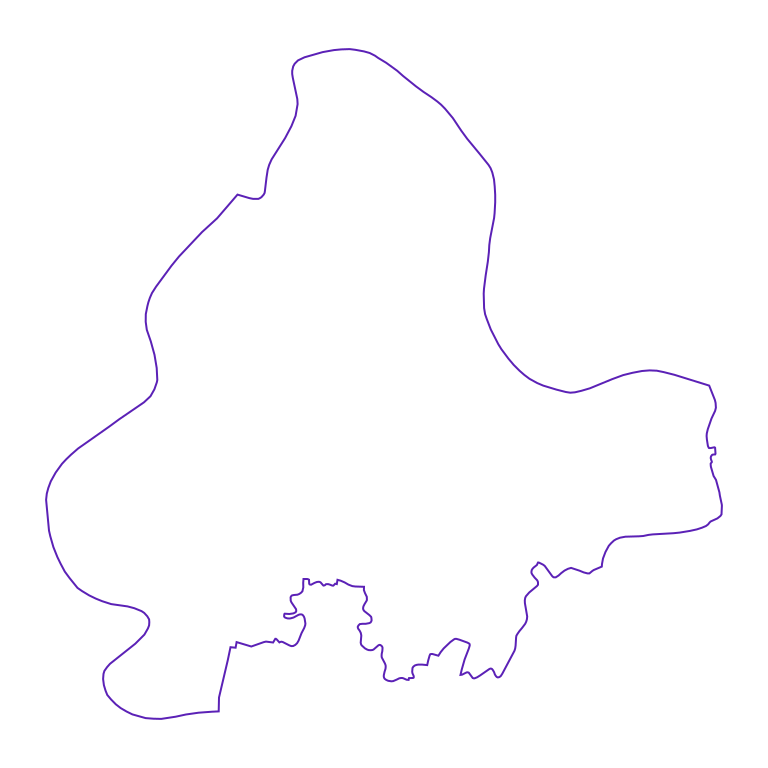 Nam Sach, Hải Dương, Vietnam
{"feature_id": "81297802B53771614429572", "entity_name": "Nam Sach", "entity_type": "district", "adm_level": 2, "iso_a3": "VNM", "parent_name": "Vietnam", "parent_adm1": "Hải Dương", "projection": "mercator", "projection_center": [106.346, 21.022], "detail": "fine", "context": "isolated", "style": "outline", "palette": "violet", "viewbox_px": 768, "rotation_deg": 0, "n_neighbors": 0, "source": "geoboundaries", "source_scale": "gbopen_adm2", "svg_char_len": 6084}
<svg xmlns="http://www.w3.org/2000/svg" viewBox="0 0 768 768"><path d="M107.3,695.0L111.1,699.5L115.8,704.3L120.7,708.1L126.5,711.5L132.4,714.4L145.6,718.1L153.4,718.7L161.2,718.9L175.7,716.7L185.9,714.5L198.6,712.7L212.2,711.7L218.7,711.4L219.0,697.5L227.8,660.1L230.5,647.2L235.6,647.7L236.6,642.1L251.3,646.5L263.8,642.1L266.0,641.6L273.1,642.5L275.3,638.8L275.9,638.8L276.8,639.5L279.4,642.4L280.5,641.9L281.4,641.7L282.7,642.0L289.4,645.4L291.3,646.1L293.2,646.0L295.3,644.9L297.1,643.2L298.6,640.6L301.5,633.2L304.2,628.0L305.2,625.2L305.4,623.5L304.6,618.5L304.0,616.8L303.1,615.4L302.1,614.6L301.3,614.4L300.0,614.4L298.6,614.8L293.6,617.5L291.2,618.2L289.8,618.5L287.5,618.4L285.3,617.7L284.5,617.1L284.1,616.3L284.2,614.9L284.4,614.0L284.7,613.7L289.3,614.0L293.4,613.4L295.6,612.3L296.2,611.2L296.2,610.2L296.0,609.1L291.4,602.3L290.7,600.6L290.6,597.3L291.0,596.4L292.0,595.4L294.0,595.0L297.4,594.7L299.2,594.0L301.1,592.7L302.4,591.3L303.3,587.4L303.2,582.8L303.5,579.0L307.2,579.0L308.3,579.3L309.0,579.7L309.2,583.7L309.6,584.4L310.2,584.6L311.1,584.7L314.5,582.9L316.8,582.0L318.4,581.8L319.6,581.9L320.6,582.4L323.2,585.4L323.7,585.6L324.9,585.2L326.0,584.2L327.4,584.1L328.1,584.1L329.8,584.6L332.3,585.6L333.4,585.6L335.2,583.7L336.8,584.1L337.5,579.8L340.7,580.7L344.6,582.4L348.4,584.6L352.3,586.1L355.4,586.5L364.0,586.8L363.9,590.1L365.0,593.1L366.8,596.8L366.9,599.6L366.8,600.4L364.5,604.2L363.5,606.2L363.2,607.3L363.1,608.8L363.4,609.8L364.3,611.1L369.4,615.1L371.1,616.8L371.4,617.9L371.6,620.3L371.2,621.5L370.6,622.4L369.4,623.1L365.7,623.8L362.5,623.8L359.8,624.1L358.5,625.4L357.8,626.6L357.8,627.6L358.2,628.7L359.6,630.6L360.7,632.7L361.1,634.4L361.3,635.7L360.7,642.7L361.1,644.4L361.7,645.4L365.0,648.4L367.2,649.6L368.7,650.1L370.9,650.2L372.5,650.0L373.6,649.5L378.3,645.4L379.3,644.9L380.3,645.0L381.1,645.5L382.1,646.5L382.5,647.6L382.5,648.7L382.3,651.2L381.7,653.9L381.6,656.0L381.8,657.5L385.0,663.6L385.6,665.3L385.7,666.8L385.5,668.8L384.6,671.6L383.8,675.2L383.8,676.8L384.2,678.0L384.7,678.8L386.2,679.9L388.2,680.8L391.4,681.3L393.2,681.1L396.7,679.6L399.3,678.3L401.0,678.0L402.3,678.0L403.4,678.3L406.5,679.7L408.6,679.9L409.0,678.1L412.9,678.0L413.5,677.8L413.8,677.1L413.6,675.8L412.5,673.4L412.2,671.8L412.5,668.0L413.3,666.7L414.8,665.5L416.5,664.9L418.3,664.6L422.1,664.6L427.2,665.1L428.2,660.5L429.6,655.6L430.2,654.3L431.0,654.0L432.4,654.0L438.4,655.7L440.7,652.1L443.7,648.4L450.4,642.0L454.1,639.3L455.0,638.9L456.5,638.9L459.4,639.7L467.4,642.6L469.2,643.6L469.6,644.1L469.7,644.8L469.7,645.6L468.8,648.6L464.6,659.5L461.7,669.7L460.5,674.9L462.0,674.7L466.0,672.7L467.0,672.3L467.7,672.3L468.8,672.7L472.7,678.0L473.6,678.3L474.7,678.3L477.1,677.3L480.0,675.5L489.4,669.0L490.4,668.6L491.1,668.6L492.0,669.0L492.9,670.1L494.1,672.2L494.9,674.5L496.0,676.2L496.8,677.0L497.7,677.4L498.6,677.3L499.5,677.0L500.8,676.0L502.3,673.7L514.5,650.7L515.2,648.4L515.6,645.6L516.1,637.4L516.4,635.7L517.6,633.7L519.5,631.0L522.1,627.9L525.2,623.8L526.2,621.7L526.9,619.3L527.2,616.5L524.9,603.1L524.8,600.3L525.2,597.9L525.9,596.3L529.2,592.5L537.0,586.0L538.0,584.7L538.0,582.6L537.8,581.5L537.1,580.2L534.7,577.7L532.4,574.7L531.6,573.3L531.4,572.1L531.7,570.2L532.5,568.8L533.7,567.5L536.9,565.0L538.0,562.5L538.7,562.5L541.0,563.6L543.3,564.8L544.8,566.0L552.1,576.0L552.9,576.8L553.7,577.3L555.8,577.3L558.6,575.5L561.1,573.2L564.5,570.6L568.0,568.8L571.1,567.9L579.6,570.7L583.7,572.4L587.5,573.4L589.4,573.4L592.4,570.9L593.8,570.0L601.8,566.6L602.0,564.0L603.0,558.5L605.5,551.9L608.8,545.8L611.0,543.3L614.0,540.5L616.2,539.2L620.0,537.7L625.4,536.7L638.9,536.3L643.2,536.0L648.5,534.9L652.7,534.4L673.6,533.2L679.6,532.6L690.0,530.9L696.8,529.4L702.0,527.7L706.0,526.0L708.1,524.4L709.5,522.6L710.6,521.5L717.4,518.4L720.4,516.0L721.5,514.4L721.9,505.8L721.8,504.6L719.9,495.7L719.4,492.3L716.0,479.9L713.6,476.0L710.9,466.8L710.7,464.9L710.7,463.5L711.8,462.2L711.8,461.5L711.1,459.7L710.7,458.0L711.0,456.4L712.1,454.9L712.8,454.6L715.2,454.4L715.5,453.6L715.1,447.8L714.7,447.4L714.3,447.3L711.0,448.0L709.6,448.1L708.8,447.9L707.9,445.9L706.9,439.5L706.6,436.0L706.8,433.4L707.8,429.2L711.5,418.5L715.1,410.9L715.9,407.7L715.6,403.0L714.9,400.0L709.2,385.6L674.4,374.8L663.7,372.1L656.8,370.7L649.6,370.4L642.0,371.0L632.5,372.8L623.2,375.1L612.3,379.1L589.9,388.3L581.4,390.8L575.0,392.3L570.3,392.7L565.8,392.0L556.4,389.6L543.2,385.6L537.1,383.0L529.5,378.8L524.3,374.9L519.5,370.7L513.7,364.9L508.4,358.6L501.4,349.2L498.3,344.2L490.8,329.5L486.8,319.1L485.1,314.2L484.1,308.1L483.7,293.6L484.0,288.7L485.7,275.3L487.8,261.8L488.9,252.1L489.3,245.0L490.2,238.1L494.1,218.0L494.6,213.1L495.2,202.3L495.2,194.8L494.7,186.4L494.0,179.4L492.3,172.5L490.6,168.2L488.6,165.0L479.6,153.8L467.2,138.8L461.2,130.6L452.8,118.0L445.1,108.8L441.1,104.7L437.3,101.5L431.5,97.2L423.5,91.9L415.9,86.3L403.1,76.0L397.1,70.7L386.2,62.8L378.1,57.9L375.0,55.7L369.7,53.0L364.0,51.4L355.3,49.8L349.7,49.1L341.2,49.4L333.9,50.1L322.7,52.1L304.5,57.3L298.0,60.4L294.7,63.7L293.2,66.4L292.2,70.8L292.2,74.0L292.8,77.8L297.3,99.0L297.6,104.1L295.6,115.8L291.4,126.2L285.1,138.1L271.6,159.4L269.2,164.8L267.7,169.8L266.5,177.6L264.9,191.1L264.6,192.9L263.7,194.6L261.4,197.2L259.8,198.2L258.3,198.9L255.4,198.9L253.2,198.9L249.3,198.1L237.5,194.6L217.1,218.3L202.0,232.1L179.0,256.5L171.5,265.7L156.1,286.6L152.0,293.0L149.9,297.8L148.4,302.2L147.4,306.1L145.8,314.1L145.7,321.8L146.8,329.8L150.8,341.4L154.5,354.8L156.7,368.0L157.3,380.0L156.8,382.4L154.4,389.3L150.5,396.2L144.0,402.3L119.3,419.2L108.8,426.9L78.1,448.5L71.0,454.7L66.2,459.3L62.0,463.8L55.7,472.5L50.8,481.3L48.3,488.0L46.8,493.6L46.1,499.8L49.0,530.6L50.3,536.3L53.4,547.1L57.4,557.1L60.6,563.7L64.8,571.6L69.6,578.1L77.5,587.9L82.1,591.1L89.2,595.4L95.8,598.6L102.2,601.2L111.2,604.1L127.5,606.4L134.3,608.2L141.5,611.1L144.2,612.9L147.3,616.3L149.1,619.4L149.3,622.1L149.1,625.4L147.9,628.5L144.4,634.6L135.3,643.7L110.0,663.8L107.1,667.1L104.4,670.9L103.5,673.9L103.1,679.0L103.9,685.2L105.6,690.8L107.3,695.0Z" fill="none" stroke="#5b21b6" stroke-width="2"/></svg>